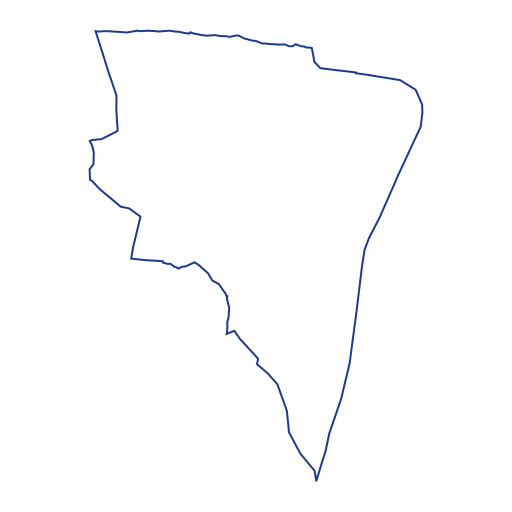 outline of Maybrat, Papua Barat, Indonesia
{"feature_id": "22746128B44891092584435", "entity_name": "Maybrat", "entity_type": "district", "adm_level": 2, "iso_a3": "IDN", "parent_name": "Indonesia", "parent_adm1": "Papua Barat", "projection": "equal_earth", "projection_center": [132.34, -1.424], "detail": "fine", "context": "isolated", "style": "outline", "palette": "blue", "viewbox_px": 512, "rotation_deg": 0, "n_neighbors": 0, "source": "geoboundaries", "source_scale": "gbopen_adm2", "svg_char_len": 3222}
<svg xmlns="http://www.w3.org/2000/svg" viewBox="0 0 512 512"><path d="M415.6,89.7L414.9,89.3L400.2,80.2L399.6,80.1L398.7,79.9L381.4,77.1L370.9,75.4L369.3,75.1L360.1,73.8L355.8,73.2L355.9,72.5L353.9,72.2L342.0,70.8L337.5,70.3L320.5,68.2L320.3,68.1L316.2,63.8L314.4,62.0L313.8,58.6L312.8,53.1L311.8,48.0L309.2,47.5L306.6,47.6L303.7,46.3L301.5,46.3L301.3,46.3L299.0,45.5L295.7,44.2L292.9,46.1L292.1,46.2L291.3,46.2L289.2,46.3L288.0,45.8L284.8,44.4L279.9,44.6L274.5,44.3L267.9,43.9L267.1,43.7L265.5,43.5L262.3,43.5L255.6,40.9L253.2,40.7L252.3,40.6L244.8,38.6L242.5,37.5L238.6,35.6L236.2,35.5L229.9,36.8L229.4,36.9L227.0,36.4L225.8,36.2L220.4,36.1L219.0,35.8L215.4,35.2L214.7,35.1L207.1,35.7L202.9,35.3L197.0,34.1L193.6,33.5L190.3,32.3L189.3,33.6L183.8,32.9L183.6,32.8L179.2,31.8L175.4,31.6L172.3,31.1L169.3,30.7L161.3,31.3L158.7,31.5L153.9,31.0L151.7,30.9L149.4,30.8L148.2,30.7L140.6,31.2L137.2,30.7L135.0,31.1L130.8,31.8L128.9,32.1L126.7,32.5L117.9,31.8L117.6,31.8L107.7,31.2L103.0,31.2L99.1,31.6L95.6,31.2L102.1,51.6L109.1,74.0L112.1,82.7L114.1,88.5L116.4,95.4L116.5,95.7L116.3,109.0L116.7,115.7L116.8,117.6L117.2,123.8L117.7,130.7L117.6,130.8L113.7,133.0L109.4,135.2L105.7,137.0L101.6,139.1L100.5,139.2L92.2,140.0L91.4,140.3L90.5,140.7L89.8,141.0L91.9,145.1L92.1,145.5L93.8,152.3L93.5,164.1L89.7,169.2L89.6,169.3L90.0,179.8L91.8,180.7L93.9,182.9L96.4,185.6L100.1,189.5L102.2,191.2L104.8,193.4L106.4,194.7L107.8,196.0L110.5,198.1L114.8,201.7L119.3,205.5L119.8,205.9L120.3,206.3L120.4,206.6L128.2,208.2L129.4,208.5L132.2,210.6L135.0,212.7L140.3,216.5L140.5,216.7L139.3,221.6L134.4,241.9L133.2,246.7L131.2,258.6L140.9,259.6L145.0,260.1L154.5,260.7L156.5,260.8L157.8,260.9L162.7,261.2L163.3,262.7L163.3,262.8L167.7,263.9L170.2,263.8L170.7,264.1L174.4,266.7L174.8,266.8L178.0,268.0L178.4,268.7L178.5,268.7L181.8,266.7L185.0,266.5L185.5,266.4L189.5,264.6L193.7,262.7L194.5,262.3L198.2,264.6L207.7,273.0L208.3,273.7L209.7,276.1L210.4,277.3L211.0,278.2L212.3,280.5L213.1,280.9L217.0,283.1L219.0,284.3L225.8,294.1L226.2,295.6L226.3,295.7L227.3,296.1L227.1,297.1L227.0,297.3L227.0,299.1L228.2,303.7L229.2,307.8L229.1,309.0L228.7,315.5L228.6,316.9L227.3,322.1L227.4,325.9L227.0,332.9L226.7,333.8L234.4,330.8L237.4,335.2L239.3,338.0L239.9,338.9L249.5,349.3L258.1,358.7L257.0,364.2L267.9,373.5L270.0,375.9L277.3,384.2L277.4,384.3L286.5,409.8L286.8,410.8L288.2,424.0L289.0,432.4L297.5,448.3L298.5,450.1L300.7,454.1L301.0,454.4L307.6,462.4L314.6,470.8L315.3,475.1L316.1,480.3L316.3,481.3L316.6,480.1L320.9,465.8L321.7,463.2L325.0,452.9L325.6,451.0L329.3,433.3L332.8,423.2L333.2,421.9L336.5,412.5L337.3,410.0L337.7,408.8L341.0,399.3L341.1,398.9L342.3,394.2L342.6,392.7L349.7,363.1L350.5,356.9L351.3,350.5L351.6,348.3L354.4,327.3L356.3,313.0L356.9,308.7L356.9,308.1L361.0,274.6L361.2,273.2L361.4,271.0L362.1,265.6L362.4,263.5L364.6,249.9L366.4,244.9L369.1,237.8L371.3,233.6L371.5,233.1L373.8,228.8L378.5,219.7L379.2,218.3L380.0,216.7L381.7,212.7L385.8,203.4L386.1,202.8L387.1,200.6L387.5,199.6L389.6,194.8L394.5,183.7L395.6,181.1L398.3,174.8L398.4,174.7L404.8,160.9L415.4,138.1L417.7,133.2L420.8,126.6L421.8,117.5L422.4,112.5L422.4,112.1L422.1,104.5L422.0,104.3L417.7,94.4L415.6,89.7Z" fill="none" stroke="#1e3a8a" stroke-width="2"/></svg>